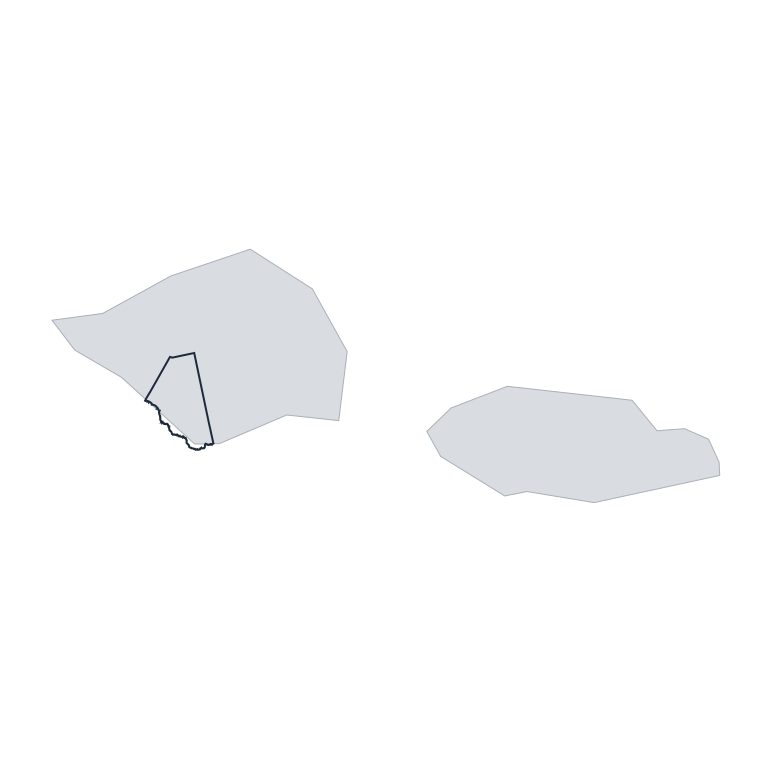 Palauli West, Palauli, Samoa (highlighted), rotated 348°
{"feature_id": "51752279B21529413324120", "entity_name": "Palauli West", "entity_type": "district", "adm_level": 2, "iso_a3": "WSM", "parent_name": "Samoa", "parent_adm1": "Palauli", "projection": "natural_earth1", "projection_center": [-172.564, -13.715], "detail": "fine", "context": "in_parent", "style": "outline", "palette": "slate", "viewbox_px": 768, "rotation_deg": 348, "n_neighbors": 0, "source": "geoboundaries", "source_scale": "gbopen_adm2", "svg_char_len": 5099}
<svg xmlns="http://www.w3.org/2000/svg" viewBox="0 0 768 768"><g transform="rotate(348 384 384)"><path d="M281.2,224.3L333.7,276.1L354.7,344.7L332.1,410.4L282.4,394.1L210.4,408.1L186.4,403.4L128.6,322.9L88.6,286.6L72.5,252.6L123.5,256.5L198.0,234.0L281.2,224.3ZM693.4,543.2L564.9,543.7L501.4,518.9L478.8,518.6L424.4,466.6L416.0,439.3L444.7,421.4L504.1,411.9L623.3,451.5L641.3,486.5L668.7,490.2L690.0,505.5L695.5,530.1L693.4,543.2Z" fill="#d9dde1" stroke="#a8b0b8" stroke-width="1"/><path d="M182.5,314.2L180.3,313.0L153.1,343.7L152.8,343.9L149.1,348.0L146.8,350.7L147.0,350.9L147.3,351.0L147.6,351.0L148.0,351.0L148.3,351.4L148.5,351.4L148.6,351.7L148.8,351.5L149.0,351.4L149.6,351.8L150.0,352.0L149.9,352.3L150.0,352.7L150.2,352.4L150.5,352.4L151.0,352.7L151.5,353.2L152.7,354.7L152.8,354.9L152.8,355.2L152.5,355.9L152.7,356.0L153.1,355.7L153.3,355.9L154.6,356.9L155.1,357.0L155.3,357.3L155.8,357.7L156.2,358.0L156.3,358.2L156.4,358.7L156.7,359.2L157.2,359.7L157.5,360.2L157.6,360.4L157.6,360.6L157.3,360.8L157.2,360.9L157.3,360.9L157.7,360.8L157.8,361.1L157.9,361.4L157.9,361.6L157.9,361.9L158.1,362.3L158.3,362.7L158.4,363.1L158.5,363.3L158.6,363.7L158.8,363.7L158.6,364.0L158.2,364.6L157.9,365.2L158.1,366.4L158.0,366.5L157.9,366.9L158.1,367.4L158.1,367.7L158.3,368.4L158.2,368.4L158.2,368.6L158.3,368.8L158.2,368.9L158.2,369.3L158.1,369.6L158.1,370.2L158.2,370.3L158.1,370.5L158.0,371.3L157.9,371.3L157.8,371.5L157.8,371.8L157.8,372.0L157.7,372.3L157.8,372.6L157.9,372.9L158.0,373.2L157.9,373.5L158.0,373.9L158.1,374.0L158.3,374.1L158.2,374.2L158.2,374.6L158.3,374.7L158.3,374.8L158.3,375.0L158.5,375.0L158.4,375.1L158.7,375.1L158.7,375.4L158.8,375.3L159.2,375.4L159.1,375.6L159.3,375.7L159.3,375.9L159.5,375.8L159.7,376.0L159.8,376.0L160.1,376.0L160.4,376.2L160.6,376.6L160.6,376.9L160.7,377.1L160.6,377.3L160.8,377.4L161.0,377.5L161.1,377.4L161.2,377.5L161.5,377.6L161.8,377.8L162.3,377.7L162.4,377.8L162.5,377.8L162.5,377.6L162.9,377.6L163.1,377.7L163.1,377.9L163.3,377.9L163.3,378.0L163.7,378.2L164.0,378.4L164.2,378.5L164.3,378.9L164.2,379.1L164.1,379.4L164.0,379.6L164.2,379.9L164.3,379.9L164.5,380.1L164.4,380.1L164.4,380.4L164.6,380.5L164.6,380.8L164.7,381.0L164.6,381.3L164.7,381.7L164.5,381.8L164.6,382.0L164.6,382.3L164.7,382.5L164.7,382.8L164.6,383.0L164.6,383.6L164.7,384.2L164.4,384.0L164.5,384.1L164.5,384.5L164.8,384.8L164.9,385.0L165.0,385.1L165.0,385.4L165.1,385.5L165.3,385.4L165.4,385.6L165.5,385.7L165.5,385.8L165.9,386.3L166.0,386.5L166.1,386.9L166.1,387.0L166.2,387.3L166.2,387.7L166.2,388.3L166.3,388.3L166.4,388.7L166.5,388.8L166.4,389.0L166.9,389.4L166.9,389.5L167.1,389.5L167.5,389.8L167.8,389.9L168.0,389.6L168.5,389.7L168.6,389.9L168.9,390.0L169.0,390.2L169.3,390.4L169.8,390.4L170.0,390.6L170.3,390.8L170.5,390.7L170.5,390.9L170.8,391.1L171.0,391.0L171.0,391.3L171.4,391.4L171.5,391.4L171.9,391.5L172.0,391.8L172.1,391.7L172.2,391.9L172.5,392.2L172.8,392.3L173.0,392.6L173.4,392.4L173.4,392.6L173.5,392.6L173.8,392.9L174.0,393.0L174.3,393.1L174.3,393.3L174.5,393.5L174.8,393.5L175.0,393.6L175.4,393.7L175.5,393.8L175.9,393.6L175.9,393.8L176.1,393.9L176.1,394.1L176.4,393.9L176.4,394.2L176.5,394.3L176.9,394.3L176.8,394.5L177.0,394.5L177.5,395.0L177.8,395.2L177.8,395.4L178.2,395.5L178.3,395.7L178.4,395.9L178.5,396.0L178.7,395.9L178.7,396.1L178.8,396.2L178.8,396.4L178.9,396.5L178.9,396.9L179.1,397.2L179.1,397.4L179.0,397.5L179.1,398.0L179.3,398.2L179.1,398.7L179.0,399.0L178.9,399.4L178.8,399.6L178.9,399.8L178.9,400.0L178.8,400.6L178.7,400.7L178.8,400.9L178.8,401.0L179.0,401.3L179.5,401.8L179.6,402.0L179.8,402.4L180.0,402.5L180.2,403.0L180.3,403.1L180.2,403.3L180.3,403.4L180.4,404.1L180.5,404.2L180.4,404.5L180.5,404.5L180.6,404.8L180.5,405.0L180.7,405.3L180.9,405.5L181.0,405.8L181.2,406.0L181.4,406.0L181.6,406.1L182.0,406.2L182.1,406.3L182.1,406.5L182.3,406.6L182.4,406.8L182.6,406.8L182.8,407.0L183.0,407.0L183.4,407.1L183.6,407.2L183.9,407.5L184.1,407.5L184.3,407.8L184.5,407.8L184.7,408.1L184.9,408.3L185.1,408.2L185.3,408.3L185.5,408.2L185.6,408.4L185.8,408.6L186.1,408.6L186.3,408.7L186.3,408.9L186.6,408.8L186.8,409.0L187.1,409.0L187.4,409.3L187.6,409.2L187.6,409.4L187.8,409.5L188.1,409.6L188.3,409.5L188.6,409.4L188.8,409.6L189.1,409.7L189.2,409.8L189.3,409.8L189.5,409.8L190.0,409.7L190.4,409.7L190.5,409.6L190.8,409.5L190.8,409.1L191.2,409.0L191.1,408.9L191.1,408.7L191.5,408.6L191.9,408.6L192.0,408.5L192.1,408.8L193.1,409.1L193.5,409.4L193.8,409.4L194.0,409.3L194.3,409.4L194.5,409.2L194.8,409.3L195.0,409.2L195.3,408.7L195.5,408.6L195.8,408.2L195.9,407.9L196.0,407.5L195.9,407.3L195.9,407.2L196.0,407.0L196.2,406.6L196.3,406.4L196.3,406.2L196.6,405.8L196.9,405.6L197.0,405.6L197.2,405.3L197.3,405.3L197.5,405.6L197.8,405.7L198.0,405.9L197.9,406.0L198.3,406.5L199.1,407.0L199.3,407.1L199.6,407.1L199.8,407.1L200.0,407.2L200.4,407.2L200.5,407.2L200.8,407.0L201.1,407.1L201.1,406.9L201.3,406.9L201.5,406.8L202.2,406.8L202.4,407.0L202.4,406.9L202.6,407.0L202.6,406.9L203.1,407.0L203.4,406.9L203.5,407.1L203.8,407.0L204.8,406.7L204.7,398.1L204.7,392.2L204.6,387.0L204.8,314.2L182.5,314.2Z" fill="none" stroke="#1e293b" stroke-width="2"/></g></svg>